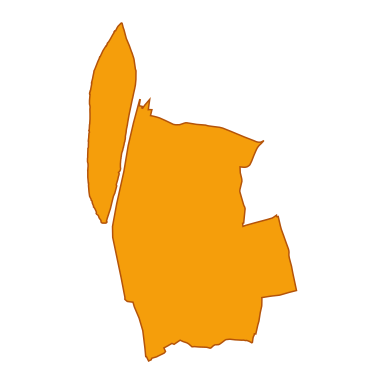 the district of Misr Al-Qadima, Al Qahirah, Egypt
{"feature_id": "37247803B34541492244214", "entity_name": "Misr Al-Qadima", "entity_type": "district", "adm_level": 2, "iso_a3": "EGY", "parent_name": "Egypt", "parent_adm1": "Al Qahirah", "projection": "mercator", "projection_center": [31.232, 30.011], "detail": "fine", "context": "isolated", "style": "filled", "palette": "amber", "viewbox_px": 384, "rotation_deg": 0, "n_neighbors": 0, "source": "geoboundaries", "source_scale": "gbopen_adm2", "svg_char_len": 5733}
<svg xmlns="http://www.w3.org/2000/svg" viewBox="0 0 384 384"><path d="M244.4,137.0L230.7,131.3L222.7,128.1L219.5,127.3L212.2,126.4L208.6,125.9L207.6,125.7L205.5,125.1L196.7,124.4L186.8,122.8L185.6,122.8L184.1,123.2L179.7,124.7L175.8,124.8L173.4,124.4L169.7,122.6L165.3,120.5L159.7,118.0L157.6,117.3L155.8,116.8L153.8,116.3L150.5,115.6L151.9,109.7L149.3,109.6L148.3,109.7L149.7,99.4L144.7,105.2L142.7,108.2L141.8,107.9L142.5,106.5L139.2,105.7L140.2,99.8L139.7,99.7L133.5,122.8L128.2,145.6L123.9,171.4L116.7,203.7L112.5,226.5L112.7,237.3L121.2,278.0L124.9,297.3L124.9,299.4L127.2,301.4L127.6,301.5L133.0,302.2L134.3,306.8L139.1,318.1L142.8,330.7L144.9,347.9L145.7,356.4L145.9,356.3L146.4,356.6L148.6,361.0L151.3,359.7L151.5,358.9L151.7,358.4L151.9,358.2L156.7,356.8L157.6,356.3L164.3,353.0L165.5,351.5L163.9,347.9L167.7,345.9L171.9,343.4L174.1,344.3L180.1,340.2L183.2,341.6L185.6,342.4L187.2,343.0L188.7,343.9L192.0,346.8L194.5,346.6L199.1,347.0L205.4,347.2L206.9,347.3L209.9,348.1L210.4,348.1L211.0,347.9L213.3,345.8L214.6,345.0L215.1,344.8L215.9,344.8L218.7,344.6L219.7,344.1L221.7,342.7L224.8,340.3L225.4,339.9L226.0,339.6L229.8,339.2L235.1,339.8L242.0,340.2L243.3,340.1L245.9,340.6L246.7,340.4L249.3,341.4L251.8,342.8L252.4,342.4L252.9,338.8L253.2,337.2L253.9,335.6L254.2,335.0L254.4,333.8L255.8,334.0L257.8,325.0L258.9,321.2L260.2,312.9L261.7,306.1L261.8,304.2L261.9,299.0L261.8,297.6L269.1,296.4L272.9,295.9L278.4,295.3L279.8,295.1L289.1,292.4L296.5,290.5L292.8,273.1L291.5,266.2L290.6,262.9L289.4,258.3L289.1,256.7L289.0,256.1L288.9,255.3L288.9,254.1L289.0,252.9L289.0,252.0L288.9,251.2L288.8,250.5L288.6,249.7L288.4,248.9L288.1,248.1L285.8,241.8L283.6,235.6L281.3,229.3L280.4,226.0L278.2,216.5L277.8,216.6L277.5,216.7L276.9,216.7L276.7,216.4L276.6,216.1L276.6,215.8L276.5,215.2L273.9,217.0L272.3,218.0L267.3,219.5L255.3,222.7L245.9,225.3L243.0,226.4L242.6,223.3L243.7,223.0L243.8,221.8L245.1,208.8L244.7,207.1L243.8,205.4L241.6,197.9L239.8,191.6L239.8,190.9L239.9,189.7L241.9,181.3L241.8,179.3L241.5,177.8L240.3,172.9L240.2,171.6L240.0,166.9L244.1,167.3L245.5,167.2L246.4,167.0L247.1,166.8L248.0,166.3L248.7,165.8L249.5,165.2L249.8,164.8L250.1,164.3L250.5,163.5L251.7,161.0L253.8,155.6L255.4,151.9L256.5,149.4L257.3,147.9L257.7,147.3L258.3,146.5L258.9,145.7L259.6,145.0L260.8,143.9L261.7,143.0L262.5,142.1L263.2,141.4L263.8,140.5L263.0,141.1L261.4,141.9L260.3,142.2L259.2,142.2L258.5,142.2L257.4,142.0L256.0,141.6L253.7,140.6L244.4,137.0ZM117.2,27.6L115.5,30.9L114.8,30.8L113.9,32.1L114.1,32.6L112.9,34.4L110.2,39.3L108.6,41.9L107.5,43.0L107.1,44.0L107.3,44.1L106.2,46.2L105.9,46.0L103.0,50.6L100.2,56.6L99.8,56.7L99.4,57.8L99.5,57.9L97.9,61.4L95.7,67.0L94.7,69.5L94.0,70.9L93.8,72.6L93.1,75.8L92.6,78.5L91.5,82.9L91.8,83.0L91.6,84.4L90.4,91.0L90.1,91.0L89.9,92.5L89.7,92.5L89.6,93.2L89.8,93.2L89.7,94.4L90.0,94.5L89.9,95.8L89.8,97.0L89.5,100.4L89.5,104.2L89.7,104.7L89.9,105.6L90.1,107.2L89.9,109.1L90.0,113.7L90.0,119.0L89.7,124.1L89.5,124.6L89.2,130.5L88.9,130.4L88.8,130.8L89.2,131.0L89.5,132.2L89.0,133.0L88.8,135.5L88.7,137.6L88.3,140.7L88.3,141.1L88.5,141.1L88.5,142.0L88.4,144.6L88.4,146.2L88.4,146.7L88.4,147.2L88.3,147.6L88.2,147.8L87.9,148.3L87.9,148.5L87.9,148.8L87.9,149.8L87.7,155.2L87.7,157.3L87.5,158.5L87.5,161.6L87.5,161.8L88.0,163.5L88.1,166.1L87.9,168.3L87.9,170.0L87.7,170.1L87.8,171.7L87.8,177.2L88.3,182.9L88.5,182.9L88.6,184.6L88.5,184.8L88.5,185.8L89.0,192.0L89.6,196.3L90.2,197.5L91.0,199.0L91.1,199.3L91.1,199.5L91.1,200.0L91.3,200.4L91.4,200.5L91.5,200.5L91.9,200.9L92.1,201.3L92.2,201.8L92.3,202.2L92.3,202.3L92.2,202.5L92.2,202.8L92.7,204.0L93.5,205.9L93.6,206.1L93.6,206.3L93.5,206.6L93.5,206.9L93.5,207.0L93.9,207.3L94.1,207.5L94.5,208.1L94.9,208.8L95.1,209.2L95.4,209.8L96.0,211.1L96.4,212.2L96.4,212.5L96.4,212.8L96.3,213.1L96.2,213.2L96.2,213.3L96.2,213.5L96.4,213.8L96.5,214.0L96.8,214.3L97.6,214.9L97.9,215.2L98.1,215.4L98.3,215.7L98.6,216.4L98.9,217.3L99.2,218.0L99.6,218.6L100.2,219.4L100.8,220.1L100.9,220.5L101.0,220.9L101.0,221.2L101.0,221.6L101.1,221.8L101.1,222.1L101.3,222.4L101.4,222.6L101.8,222.8L102.2,223.0L102.6,223.1L103.1,223.1L105.6,223.1L106.0,223.0L106.4,222.7L106.5,222.7L106.7,222.4L106.9,222.2L107.0,222.0L107.0,221.9L106.9,221.7L106.7,221.6L106.5,221.4L106.5,221.1L107.2,218.5L107.9,216.3L108.3,215.2L109.0,212.9L109.9,210.2L110.4,208.7L111.0,206.1L111.4,204.6L111.5,204.0L113.1,197.5L113.3,196.8L113.4,196.2L113.6,195.8L113.8,195.4L114.4,194.0L114.8,193.2L114.9,192.8L115.3,191.3L116.6,186.4L116.7,186.0L116.7,185.8L116.7,185.7L116.5,185.4L116.4,185.3L116.3,185.2L116.3,184.8L116.3,184.5L116.4,184.2L116.6,183.4L117.5,180.4L117.8,179.4L118.3,177.0L118.9,175.0L119.1,174.1L119.1,173.7L119.1,173.4L119.0,173.2L118.9,173.1L118.6,172.7L118.5,172.4L118.8,172.2L119.2,171.8L119.5,171.5L119.8,171.1L120.1,170.5L120.4,169.7L120.5,169.2L120.6,168.6L120.5,167.7L120.4,167.4L120.4,164.9L120.4,164.1L120.4,163.6L120.5,162.9L120.6,161.2L120.8,159.1L121.0,158.5L121.0,157.8L121.1,157.1L121.3,156.4L121.3,155.8L121.4,155.1L121.7,153.2L121.9,152.5L122.1,151.9L122.3,151.3L122.6,150.7L122.7,150.1L123.0,148.7L123.1,148.1L123.4,147.5L123.5,146.8L123.6,146.2L123.8,145.5L124.0,144.8L124.1,144.1L124.3,142.8L124.8,141.5L124.9,140.8L125.0,140.2L125.3,138.8L125.3,138.2L125.4,137.5L125.3,136.9L125.4,136.3L125.5,135.6L125.6,134.9L125.9,133.6L126.2,131.6L126.2,130.9L126.3,130.3L126.6,128.3L126.8,127.7L126.9,127.0L127.0,126.4L127.2,125.8L127.3,125.1L127.5,123.9L127.6,123.0L129.0,115.2L132.3,99.3L132.6,98.2L133.8,92.5L134.6,89.0L135.4,85.0L135.9,79.6L136.0,70.8L135.4,69.1L134.0,59.3L133.7,58.1L132.0,52.9L131.5,51.8L129.3,45.6L126.3,38.5L124.0,29.8L123.2,27.6L122.1,23.3L121.7,23.0L121.0,23.2L118.2,26.1L118.0,26.3L117.2,27.6Z" fill="#f59e0b" stroke="#b45309" stroke-width="1.5"/></svg>